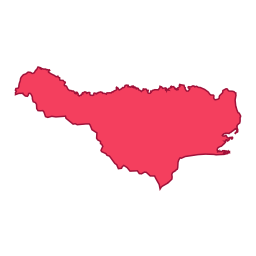 the district of Rincón, Treinta y Tres, Uruguay
{"feature_id": "84410073B13933274344370", "entity_name": "Rincón", "entity_type": "district", "adm_level": 2, "iso_a3": "URY", "parent_name": "Uruguay", "parent_adm1": "Treinta y Tres", "projection": "natural_earth1", "projection_center": [-53.628, -32.866], "detail": "fine", "context": "isolated", "style": "filled", "palette": "rose", "viewbox_px": 256, "rotation_deg": 0, "n_neighbors": 0, "source": "geoboundaries", "source_scale": "gbopen_adm2", "svg_char_len": 5698}
<svg xmlns="http://www.w3.org/2000/svg" viewBox="0 0 256 256"><path d="M184.0,85.3L180.9,84.8L179.8,84.4L179.3,85.3L179.9,86.1L179.8,86.6L177.4,88.2L177.4,88.8L178.2,89.3L178.1,89.6L176.6,89.9L175.9,89.5L176.2,88.8L174.7,88.7L174.8,87.7L174.1,87.4L173.7,86.6L172.6,86.8L171.3,86.2L170.7,86.7L170.8,87.1L171.3,87.4L171.2,87.6L168.9,88.4L168.5,89.1L167.8,89.5L168.5,90.1L166.9,89.9L166.6,90.7L166.5,90.3L165.6,90.2L165.5,89.6L166.3,89.1L165.9,88.6L166.3,88.4L165.7,87.9L162.7,88.4L161.6,86.9L160.0,86.3L159.9,86.9L160.1,87.3L158.3,89.8L154.8,89.7L153.7,90.2L153.1,90.1L152.1,91.0L150.7,91.1L150.7,91.3L151.2,91.8L151.2,92.2L150.7,92.4L150.4,93.1L149.2,93.4L148.1,93.0L147.5,91.7L147.6,91.4L148.2,91.0L148.2,90.4L146.9,90.5L146.6,89.7L145.9,89.0L144.9,89.2L143.4,88.9L143.4,89.2L143.8,89.4L143.6,90.0L143.1,89.7L141.4,91.5L139.8,90.2L138.8,89.9L138.3,88.5L137.1,88.1L136.9,88.7L136.3,88.9L135.6,87.5L134.7,86.9L134.2,87.0L134.4,87.5L134.2,87.8L132.5,87.2L132.7,86.7L133.3,86.7L133.3,86.1L132.1,86.1L131.1,86.5L130.7,87.1L130.2,87.1L129.4,86.7L128.0,86.7L128.0,86.2L128.3,86.0L128.2,85.3L126.4,85.1L125.1,85.5L124.5,87.1L123.6,87.7L122.8,87.5L121.3,88.9L119.3,90.0L118.9,89.8L118.0,88.1L116.6,87.2L116.2,88.0L116.9,89.1L116.1,90.1L114.0,91.0L113.1,91.9L112.2,91.8L111.4,92.8L107.0,92.9L106.6,93.2L106.4,94.1L105.0,93.5L103.2,93.2L102.9,93.4L102.5,93.2L102.2,92.4L101.1,92.2L100.8,91.9L98.1,92.6L97.8,93.1L97.0,93.1L96.7,93.8L96.2,93.9L95.0,93.1L94.1,93.1L93.6,94.2L93.7,94.9L92.8,95.4L90.5,95.2L90.0,94.7L89.7,93.6L89.9,92.8L89.6,92.5L88.9,92.4L87.6,92.8L87.3,92.7L87.0,93.3L86.7,93.4L85.8,92.0L84.5,91.9L83.5,92.7L82.7,92.7L82.4,93.0L82.7,93.9L81.5,94.2L81.1,95.3L80.2,95.3L79.2,96.0L78.1,95.2L78.2,94.1L77.2,92.4L76.0,92.2L75.9,92.5L76.7,93.3L76.4,93.7L75.4,93.6L74.8,93.3L74.1,91.7L73.5,91.1L72.8,90.9L72.1,91.2L71.0,90.5L69.6,90.5L68.4,89.6L67.9,89.1L66.5,86.3L65.8,85.8L64.8,85.8L64.3,85.1L64.6,83.5L65.3,82.8L65.2,82.1L64.1,81.7L63.1,80.4L60.1,80.3L59.8,79.8L59.6,77.7L58.4,77.4L57.9,76.2L56.2,76.7L55.6,76.5L54.7,75.6L51.4,74.0L48.6,72.3L48.4,71.9L48.6,71.3L49.7,70.5L49.3,69.8L48.3,70.0L47.2,69.6L46.3,69.7L45.8,69.1L43.7,69.1L41.6,68.5L41.3,69.1L40.5,68.7L41.0,68.3L40.8,67.8L38.0,67.0L36.9,69.1L36.4,69.9L35.7,70.2L34.3,72.7L33.0,73.4L32.1,73.4L30.6,72.4L28.1,72.1L25.7,74.0L23.9,74.5L23.0,75.1L21.3,77.1L20.6,78.4L20.2,81.0L19.4,83.1L18.9,85.4L18.9,86.5L18.4,87.8L17.7,88.3L15.9,88.5L15.4,90.2L16.4,91.2L15.4,92.8L15.6,93.6L15.5,94.6L18.8,93.4L22.9,93.3L23.1,94.1L25.3,96.0L27.4,96.3L28.2,95.2L28.7,93.5L30.0,93.3L31.1,94.3L32.3,96.9L32.4,99.0L33.2,101.7L35.4,102.6L36.5,104.3L36.7,108.6L38.0,110.6L40.3,110.8L42.8,110.6L44.0,112.1L45.5,116.6L47.8,117.4L51.8,116.3L55.9,116.9L65.5,116.2L66.0,118.3L73.1,124.1L75.2,123.7L77.2,124.7L86.1,123.9L89.2,123.9L90.1,125.0L92.0,129.7L96.9,132.9L96.6,138.2L97.6,139.8L100.5,141.4L100.5,143.6L101.6,144.2L102.8,146.3L101.0,150.4L101.6,151.6L105.9,153.6L107.0,155.3L109.5,156.1L114.8,163.4L116.7,164.7L118.4,168.7L121.5,168.3L122.2,166.8L123.8,165.4L127.2,167.6L130.0,171.1L137.4,170.8L139.3,173.6L141.5,173.8L144.5,172.1L146.3,172.3L150.2,175.9L154.6,176.0L155.6,178.1L159.2,184.5L160.1,189.0L161.2,187.2L162.3,186.2L167.5,183.2L167.8,182.7L168.1,182.8L171.9,179.1L172.1,176.9L171.8,174.5L172.4,172.8L173.7,171.7L174.3,171.5L174.5,171.1L175.5,170.8L176.1,169.8L177.3,169.2L177.7,167.8L178.0,162.3L178.8,159.8L180.1,157.9L179.7,157.3L180.2,157.9L181.4,158.2L185.2,156.5L198.0,154.6L205.5,154.1L213.9,154.4L216.1,154.8L219.4,154.6L223.9,154.4L225.0,154.2L226.2,153.5L226.4,153.8L227.6,153.6L227.9,153.0L228.9,152.8L229.0,152.4L228.9,152.2L227.3,152.6L227.2,152.3L227.7,152.1L228.2,151.2L228.4,151.6L228.8,151.5L228.9,151.8L229.5,152.3L229.5,151.7L229.2,151.8L228.6,151.1L228.2,151.1L227.8,151.5L226.1,150.9L225.5,151.5L225.2,152.2L225.3,152.7L225.0,152.7L225.1,153.3L224.4,153.7L223.5,153.7L223.5,153.2L224.9,151.0L224.7,151.0L224.6,150.7L222.6,150.7L222.0,151.6L221.5,151.7L220.9,151.6L221.0,151.5L220.7,151.2L219.1,151.7L218.2,151.6L218.4,151.2L217.6,151.7L217.6,150.4L217.2,150.2L217.2,149.2L218.0,147.7L219.9,146.6L221.3,146.2L222.7,145.1L223.1,144.4L223.7,144.2L224.0,143.5L224.5,143.4L224.6,143.0L225.4,142.3L225.3,141.6L224.8,141.3L225.6,141.3L225.8,140.1L226.4,139.7L226.7,139.7L226.6,140.5L228.1,140.4L228.0,140.7L228.8,140.3L229.4,138.9L229.8,138.8L229.9,138.3L230.5,137.7L231.4,137.6L231.4,138.0L231.7,138.0L231.8,139.0L232.2,138.9L232.5,138.5L232.6,137.4L232.4,137.2L229.8,137.5L229.6,137.8L228.9,138.1L227.7,137.7L227.2,137.4L225.9,135.3L224.4,136.1L222.7,135.9L222.3,135.6L222.8,134.6L223.5,134.3L223.6,133.9L225.7,133.2L227.4,133.2L228.2,133.5L228.7,133.3L229.1,133.5L229.7,132.8L230.9,132.4L231.7,131.4L232.1,131.4L233.0,130.5L233.6,130.5L234.1,129.6L235.0,129.4L234.9,129.1L235.3,129.0L235.6,128.6L236.3,128.5L236.6,129.2L236.9,129.0L237.1,129.9L236.9,129.9L236.9,131.2L236.6,131.2L236.5,131.7L235.1,133.1L235.5,133.4L235.9,132.6L237.1,132.3L237.2,132.0L237.7,131.7L237.7,129.3L237.4,128.8L236.9,126.7L237.1,126.7L237.1,125.4L238.6,123.8L239.7,123.0L240.1,121.1L240.1,117.3L240.6,116.8L240.6,115.9L239.2,113.2L238.0,112.6L236.8,109.7L236.2,107.4L236.0,106.7L235.8,106.7L235.1,100.0L236.0,95.0L235.6,94.0L235.9,93.1L235.0,92.7L233.9,91.6L232.3,91.2L229.1,91.1L228.0,90.3L227.4,89.1L226.7,88.8L225.8,88.9L222.9,90.5L222.7,92.6L219.7,95.6L219.3,96.5L219.1,98.4L217.7,99.3L215.1,99.8L214.0,98.8L213.7,98.1L213.9,96.4L213.8,95.5L213.3,95.1L210.8,95.0L209.7,94.1L208.2,92.0L204.6,89.4L200.3,87.5L198.4,87.4L196.6,86.3L194.7,86.8L194.0,86.0L192.8,85.9L190.8,86.9L188.4,86.7L188.1,87.3L188.2,87.8L189.8,88.9L188.3,91.0L186.9,91.2L186.0,90.4L185.0,88.5L185.2,87.7L184.4,87.0L184.0,85.3Z" fill="#f43f5e" stroke="#9f1239" stroke-width="1.5"/></svg>